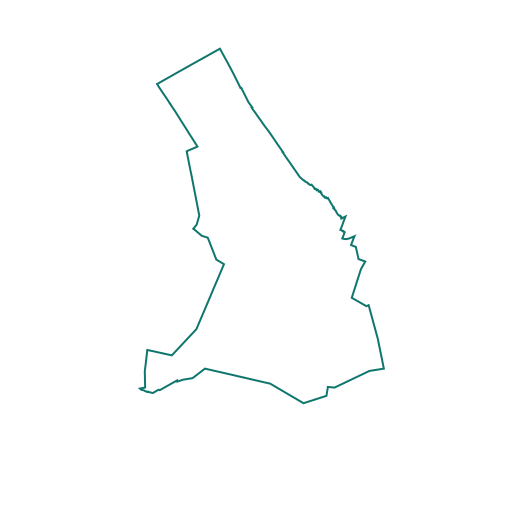 Frontera, Coahuila, Mexico (Natural Earth projection), rotated 296°
{"feature_id": "50627088B59111908912503", "entity_name": "Frontera", "entity_type": "district", "adm_level": 2, "iso_a3": "MEX", "parent_name": "Mexico", "parent_adm1": "Coahuila", "projection": "natural_earth1", "projection_center": [-101.473, 26.954], "detail": "fine", "context": "isolated", "style": "outline", "palette": "teal", "viewbox_px": 512, "rotation_deg": 296, "n_neighbors": 0, "source": "geoboundaries", "source_scale": "gbopen_adm2", "svg_char_len": 3915}
<svg xmlns="http://www.w3.org/2000/svg" viewBox="0 0 512 512"><g transform="rotate(296 256 256)"><path d="M261.2,378.8L259.3,377.2L260.4,360.4L289.3,356.2L289.7,356.2L290.1,356.1L290.4,356.1L298.9,356.6L298.8,355.0L298.2,349.5L307.9,341.8L307.5,336.6L314.4,336.0L316.7,335.8L316.9,335.8L316.1,335.1L314.3,333.5L312.4,331.8L311.5,330.7L311.0,330.1L310.4,328.9L310.1,328.1L310.0,327.6L309.8,327.1L309.7,326.3L309.6,325.9L316.3,325.3L316.2,323.3L316.7,323.3L316.5,320.4L317.1,320.4L319.2,320.2L321.6,320.0L325.0,319.6L328.5,319.3L330.7,319.1L327.8,316.9L327.1,316.4L327.3,316.3L327.4,316.2L327.6,316.1L327.8,316.0L327.9,315.9L328.0,315.9L328.1,316.1L328.3,316.2L328.4,315.9L328.4,315.7L328.2,315.4L328.4,315.3L328.5,315.2L328.8,314.9L328.8,314.6L328.7,314.6L328.5,314.8L328.4,314.7L328.5,314.5L328.6,314.4L328.9,314.3L329.0,314.2L329.2,313.9L329.0,313.6L329.0,313.4L328.9,313.2L328.8,312.9L328.8,312.6L328.8,312.3L328.8,312.2L328.9,311.9L329.0,311.8L329.1,311.6L329.3,311.4L329.4,311.2L329.5,310.9L329.7,310.6L329.8,310.4L329.9,310.2L330.0,310.0L330.1,309.9L330.2,309.7L330.3,309.5L330.4,309.4L330.5,309.3L330.6,309.1L330.8,308.9L331.0,308.7L331.3,308.4L331.3,308.2L331.5,307.9L331.7,307.6L331.8,307.5L331.9,307.4L331.9,307.2L332.0,307.1L332.1,306.8L332.1,306.7L332.2,306.4L332.3,306.3L332.4,306.1L332.5,305.9L332.6,305.6L332.7,305.3L332.7,305.2L332.7,304.9L332.8,304.7L333.3,305.1L333.9,304.1L334.1,304.2L334.5,303.0L334.7,302.8L335.2,302.0L335.5,301.5L335.8,301.0L336.2,300.5L336.5,300.1L336.8,299.5L337.1,299.1L337.5,298.6L337.8,298.1L338.5,297.1L338.8,296.6L339.1,296.1L339.7,295.3L338.9,294.6L339.2,294.0L339.5,293.5L338.6,292.8L339.4,291.6L339.2,291.5L339.0,291.4L339.4,290.2L339.8,289.0L340.0,288.5L340.4,288.0L340.9,287.1L341.2,286.5L341.6,286.8L341.7,286.7L341.8,286.6L342.0,286.3L342.3,285.8L341.9,285.5L342.2,285.0L341.4,284.4L342.0,283.4L342.7,282.4L341.7,281.7L342.4,280.7L342.7,280.2L342.0,279.4L342.3,279.0L342.3,278.9L342.8,278.1L343.1,277.8L343.4,277.3L343.5,277.1L343.6,276.6L343.9,275.9L344.2,275.2L344.5,274.7L344.1,274.2L343.6,273.7L343.6,273.2L343.6,272.9L343.6,272.7L343.8,272.4L343.9,272.2L343.9,271.9L343.8,271.6L343.9,271.3L344.0,271.2L344.1,270.9L344.2,270.7L344.3,270.5L344.3,270.3L344.4,270.2L344.5,270.1L344.5,269.8L344.5,269.6L344.5,269.4L344.4,269.1L344.4,268.5L344.4,268.3L344.4,268.0L344.5,267.7L344.6,267.4L344.7,267.2L344.8,267.0L344.9,266.7L345.0,266.3L345.0,266.1L344.9,266.0L344.8,265.9L344.8,265.6L345.1,264.7L345.2,264.4L345.2,264.1L345.6,262.6L345.8,261.9L346.1,261.0L346.8,259.6L348.5,256.6L349.8,254.3L350.7,252.7L351.7,250.8L352.2,250.0L353.9,247.0L355.5,244.2L356.8,241.7L360.9,234.5L361.2,234.8L362.0,233.3L363.0,231.5L367.1,224.2L370.8,217.8L373.9,212.2L376.1,207.8L377.0,206.1L377.9,204.4L379.3,202.0L382.0,196.9L384.2,193.0L385.9,189.7L387.4,187.1L387.9,187.5L390.8,182.0L400.7,169.0L400.2,168.4L402.2,165.9L405.5,161.6L410.7,154.8L416.2,147.2L417.3,145.7L425.0,134.8L426.5,132.7L398.9,113.5L386.0,104.6L367.2,91.7L365.0,95.2L362.9,98.8L360.9,102.3L358.8,106.0L356.6,109.7L355.3,112.0L355.2,111.9L350.6,119.9L345.2,128.6L336.4,142.8L330.3,152.8L330.1,153.2L328.6,155.4L321.9,149.6L319.7,147.8L302.8,160.6L302.4,161.0L302.0,161.3L288.6,171.4L276.4,180.6L274.6,181.9L267.5,187.3L259.1,188.8L258.1,188.9L255.4,188.3L253.0,187.7L253.0,188.1L250.6,197.6L250.4,198.6L250.5,199.3L251.3,204.3L251.3,204.6L247.8,208.5L247.2,209.1L235.4,221.9L234.6,230.8L223.1,231.4L220.2,231.6L211.2,232.0L200.8,232.6L164.1,234.5L129.8,223.9L123.9,199.5L110.3,204.3L103.8,206.5L89.2,214.0L86.0,209.8L85.5,211.4L86.1,214.1L85.9,215.8L86.3,217.3L86.1,217.5L86.8,218.6L86.5,219.0L87.1,220.7L87.4,222.7L87.8,223.5L88.0,223.6L92.6,226.7L93.1,227.1L93.2,228.3L109.6,239.6L108.6,240.3L112.9,244.7L114.2,246.6L118.4,252.5L132.4,259.5L147.5,324.8L144.5,363.2L161.2,380.6L169.8,378.0L172.2,384.3L202.4,408.3L210.8,420.3L234.7,402.0L261.2,378.8Z" fill="none" stroke="#0f766e" stroke-width="2"/></g></svg>